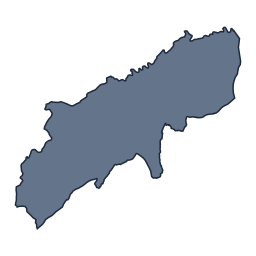 District #3, Grand Bassa, Liberia
{"feature_id": "62588387B53220692513074", "entity_name": "District #3", "entity_type": "district", "adm_level": 2, "iso_a3": "LBR", "parent_name": "Liberia", "parent_adm1": "Grand Bassa", "projection": "orthographic", "projection_center": [-9.497, 6.317], "detail": "fine", "context": "isolated", "style": "filled", "palette": "slate", "viewbox_px": 256, "rotation_deg": 0, "n_neighbors": 0, "source": "geoboundaries", "source_scale": "gbopen_adm2", "svg_char_len": 5745}
<svg xmlns="http://www.w3.org/2000/svg" viewBox="0 0 256 256"><path d="M184.7,32.0L185.4,32.9L185.8,34.1L185.2,35.3L184.8,36.7L183.0,37.2L182.2,37.5L182.0,37.4L180.4,38.2L179.8,38.6L178.2,40.4L175.8,41.1L174.6,41.8L173.7,42.6L173.4,43.5L173.6,45.0L173.5,45.5L173.5,46.0L170.1,50.0L168.6,51.2L167.0,52.7L165.5,53.0L164.6,52.2L164.1,50.2L163.2,50.0L159.6,54.1L156.9,56.7L156.8,58.3L156.1,59.1L154.7,61.1L154.1,62.7L152.4,64.3L151.6,64.6L149.9,63.4L148.8,62.9L147.9,63.2L147.7,64.8L148.3,65.9L148.6,67.1L148.4,67.6L147.9,68.0L147.2,68.0L146.7,67.5L145.9,67.1L144.9,66.0L143.3,66.2L142.6,66.8L142.5,68.6L142.6,69.7L141.3,70.0L141.0,69.8L139.8,68.5L139.3,68.5L138.9,68.8L139.0,70.4L139.0,71.8L138.5,72.1L137.6,72.4L136.7,72.2L135.3,71.3L134.7,70.5L133.8,69.9L133.4,69.4L132.5,69.3L131.5,69.3L130.7,69.8L130.6,70.2L131.2,71.2L131.6,71.3L132.1,71.7L132.1,72.0L132.3,72.2L132.0,73.4L132.6,74.4L132.4,75.3L132.0,75.5L131.5,75.5L130.4,75.0L129.0,75.1L128.1,75.5L127.3,77.2L126.1,78.5L125.9,80.5L125.4,80.9L125.2,81.0L122.5,79.6L121.2,79.9L119.5,80.8L118.8,80.9L118.5,80.7L118.2,80.2L116.8,78.9L115.7,78.9L115.1,79.1L114.6,78.9L113.0,77.2L111.8,77.3L111.3,76.7L111.1,76.4L110.8,76.2L106.7,78.0L106.6,78.8L106.9,80.0L106.6,80.8L107.0,82.0L106.3,82.9L104.3,83.8L101.8,84.2L100.0,85.1L97.3,87.8L96.4,88.9L94.7,90.2L92.7,90.8L90.7,91.9L87.6,93.3L86.7,94.8L86.8,96.6L85.8,97.5L82.6,99.5L80.9,100.7L80.6,100.9L79.7,102.6L79.0,102.7L75.9,104.2L73.4,105.6L72.0,106.0L69.5,105.2L66.7,103.8L61.2,101.8L59.8,101.9L58.5,102.5L56.2,102.3L53.8,102.2L51.5,101.7L50.0,102.5L48.8,103.5L46.2,104.3L46.1,106.0L44.9,109.2L46.1,109.9L47.8,109.5L49.6,109.3L50.4,110.7L51.2,111.7L52.1,113.5L51.7,115.2L50.9,116.9L48.8,119.2L46.8,122.3L44.6,126.8L44.2,128.8L45.7,129.7L47.0,130.4L47.9,131.8L49.0,132.9L49.1,134.2L50.7,136.7L51.8,138.0L51.4,139.5L50.5,140.3L49.2,140.4L47.2,141.6L45.7,142.9L45.0,144.4L44.5,146.0L43.1,148.1L42.1,149.1L41.9,150.4L41.6,151.4L40.9,152.0L38.9,152.4L37.4,151.9L35.3,149.7L34.3,149.5L33.3,149.6L32.3,149.9L31.5,150.8L31.0,151.9L30.6,153.6L29.1,157.2L28.5,158.0L28.0,158.1L27.2,156.8L26.6,157.0L26.1,157.6L26.1,158.7L25.8,159.8L24.8,160.8L23.2,162.7L21.6,164.0L21.0,165.6L21.3,168.0L21.5,170.7L22.2,172.0L22.9,173.7L22.3,175.4L20.7,176.9L20.3,177.9L22.2,179.6L22.8,180.7L20.8,183.4L20.1,185.0L18.1,185.9L16.3,186.9L16.1,189.9L16.6,194.0L16.3,197.7L16.4,199.9L15.4,204.9L16.1,205.6L17.2,206.4L17.2,207.0L19.5,206.3L22.8,206.1L25.3,206.6L26.6,208.4L26.9,211.6L29.1,213.6L33.4,218.0L35.9,219.5L35.5,222.8L36.4,223.9L37.0,228.0L37.3,228.7L42.5,224.3L44.2,222.1L45.7,219.5L47.7,218.0L49.7,216.8L52.0,215.5L53.8,213.9L55.6,212.0L62.3,207.1L62.8,206.1L63.5,204.2L65.4,201.3L66.6,199.8L66.9,199.9L67.9,199.8L69.0,198.2L70.3,194.3L72.0,192.6L73.0,191.1L75.8,189.2L77.9,188.5L82.8,185.7L84.5,184.4L86.9,182.4L88.9,181.1L91.3,180.0L93.9,179.5L95.9,178.8L96.9,178.6L97.1,179.2L96.7,180.6L94.8,183.3L95.0,184.6L95.9,185.5L96.6,187.4L98.0,187.8L98.8,188.2L99.6,187.9L99.8,187.3L99.8,186.9L100.3,186.6L101.0,185.9L101.2,184.6L101.5,184.0L101.9,183.7L102.6,183.9L103.0,183.6L103.2,182.2L103.9,181.1L104.2,179.5L105.6,177.6L107.2,176.0L108.1,174.6L109.3,173.2L109.8,171.2L110.9,170.5L114.5,165.1L115.1,164.4L116.3,164.9L119.5,164.1L120.4,164.5L120.5,164.4L125.3,162.0L126.4,161.6L127.4,160.2L128.8,160.1L130.9,159.7L132.6,158.9L134.2,156.9L136.3,153.5L137.7,153.9L140.2,155.6L143.4,158.1L145.3,160.4L148.8,167.0L150.6,170.9L151.7,176.7L152.0,176.8L152.8,177.7L153.6,178.1L154.7,177.8L155.2,178.0L155.9,177.8L156.3,178.2L156.7,178.3L157.5,177.6L158.0,177.7L159.8,177.0L160.6,175.9L160.5,173.9L161.6,173.3L162.3,172.7L162.2,172.2L162.8,170.3L162.4,169.3L162.4,169.2L161.4,166.9L161.4,165.8L160.9,165.5L160.3,164.0L160.2,163.0L159.7,161.7L160.0,159.8L159.6,159.1L159.6,158.3L159.4,156.3L159.6,155.4L159.3,154.5L159.3,153.5L159.6,153.2L160.0,152.9L160.5,152.0L160.3,150.4L160.0,149.0L160.3,146.6L160.1,145.3L160.4,144.2L160.1,143.9L160.3,143.2L160.1,142.5L160.2,140.9L161.0,139.3L161.5,138.8L161.9,138.8L162.2,137.1L162.1,136.5L162.6,133.5L161.7,133.0L161.9,132.6L162.3,132.1L161.7,131.5L162.1,130.5L162.5,130.0L162.9,129.0L162.8,128.7L164.4,125.3L164.9,124.7L165.2,123.6L165.7,123.5L165.7,124.8L166.5,125.4L167.7,124.5L168.0,124.5L168.7,124.8L169.0,124.8L168.9,125.4L169.5,125.5L170.0,125.5L171.2,127.3L171.2,128.3L171.7,128.6L172.3,128.5L174.5,129.7L174.9,130.4L175.4,130.8L176.3,130.6L177.6,130.7L177.8,130.4L179.3,130.4L179.8,130.7L181.4,131.2L181.9,130.9L182.8,131.2L184.8,127.0L185.7,126.3L186.3,125.4L186.5,124.4L185.9,122.1L185.8,120.3L186.4,117.5L186.8,116.9L187.6,116.6L188.8,117.0L190.0,117.2L193.4,116.8L195.1,117.3L196.6,117.3L196.6,117.5L196.8,117.6L198.8,117.7L201.0,117.6L203.3,116.9L204.4,115.9L206.5,114.8L209.3,114.2L213.0,113.9L214.4,113.5L214.3,113.3L215.1,113.2L216.1,113.0L218.3,111.4L221.3,108.0L222.9,106.7L225.1,105.4L227.7,104.2L229.4,102.8L234.7,98.1L234.2,96.5L234.1,95.6L233.5,93.7L233.0,88.6L233.2,84.8L233.8,81.7L235.2,77.4L237.3,74.2L238.5,67.5L240.2,64.7L240.6,61.3L238.4,47.4L239.5,38.5L233.9,30.7L233.6,31.0L233.2,30.7L232.8,30.0L232.8,29.5L232.4,29.1L231.5,28.6L230.9,29.0L230.9,30.2L230.7,31.1L230.0,32.1L229.3,32.3L229.0,32.4L228.8,32.4L228.4,32.5L227.8,31.7L226.5,29.6L225.8,28.1L224.9,27.3L224.0,27.4L223.5,27.9L223.5,28.1L222.8,28.7L223.6,30.3L223.6,31.4L223.3,31.7L222.2,31.8L221.2,31.5L220.2,31.7L218.7,32.6L217.7,32.9L217.2,32.9L216.4,32.4L215.5,32.3L214.2,31.9L213.4,32.0L213.2,32.1L212.7,32.9L212.6,34.3L211.1,34.1L210.0,34.4L209.0,36.1L208.1,36.3L205.5,35.5L204.2,36.0L203.3,37.3L202.2,38.2L197.7,38.9L196.7,39.4L194.4,39.4L192.6,40.7L190.4,41.1L190.0,40.5L190.1,39.6L192.0,36.7L192.0,35.5L191.7,35.4L190.8,35.0L189.1,33.8L187.0,31.0L185.6,30.9L184.5,31.3L184.7,32.0Z" fill="#64748b" stroke="#1e293b" stroke-width="1.5"/></svg>